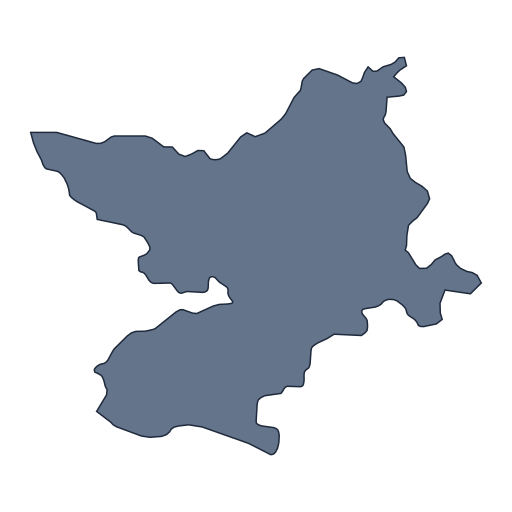 outline of Osjecko-Baranjska
{"feature_id": "HRV-1603", "entity_name": "Osjecko-Baranjska", "entity_type": "County", "adm_level": 1, "iso_a3": "HRV", "parent_name": "Croatia", "parent_adm1": "", "projection": "mercator", "projection_center": [18.514, 45.561], "detail": "fine", "context": "isolated", "style": "filled", "palette": "slate", "viewbox_px": 512, "rotation_deg": 0, "n_neighbors": 0, "source": "natural_earth", "source_scale": "10m", "svg_char_len": 4072}
<svg xmlns="http://www.w3.org/2000/svg" viewBox="0 0 512 512"><path d="M374.7,71.2L376.9,71.1L383.3,66.7L390.9,64.5L395.1,62.1L398.8,57.8L404.3,57.4L406.5,65.8L400.0,70.0L397.1,72.8L393.7,76.8L401.4,82.9L405.3,87.3L406.5,91.5L403.7,95.1L399.0,96.1L387.1,97.2L386.0,111.9L385.2,115.1L383.8,117.4L383.2,119.7L384.6,123.0L390.3,128.9L393.0,133.5L403.9,147.0L405.6,155.2L407.2,171.5L410.3,178.4L415.5,182.5L421.9,186.2L427.4,191.1L429.6,198.8L427.5,203.4L417.1,217.7L413.0,220.8L408.5,225.3L406.9,235.4L406.5,245.5L405.2,250.1L408.4,252.7L415.9,264.9L419.5,268.4L426.4,268.3L431.3,264.5L435.1,259.9L441.6,256.5L444.8,254.2L448.2,253.1L451.6,255.7L453.9,260.0L455.1,262.8L456.8,265.1L460.5,268.4L466.8,271.4L472.3,272.6L477.1,275.3L481.3,283.0L470.4,293.8L448.1,290.5L445.0,290.0L440.0,303.3L440.3,313.1L442.2,319.4L436.4,323.9L423.7,326.6L420.2,326.4L418.3,325.4L417.9,324.2L417.3,323.0L416.7,321.9L414.8,319.7L413.6,318.7L409.4,316.0L408.2,315.0L407.3,313.8L406.8,312.5L406.1,310.0L405.7,308.8L404.4,307.0L402.2,304.8L397.2,301.0L393.8,299.6L389.2,299.3L386.9,299.8L384.8,300.6L383.3,301.7L381.2,304.1L378.9,305.6L375.5,307.0L364.9,308.7L362.8,309.4L361.9,310.5L361.8,311.9L362.0,313.2L362.9,314.6L365.8,318.1L366.5,319.2L367.1,320.4L367.5,324.3L367.5,327.5L367.0,330.6L364.7,333.1L361.4,335.5L334.1,334.2L326.9,338.7L318.0,342.8L314.2,345.2L311.9,347.3L311.3,348.9L311.0,350.9L310.1,363.6L309.5,366.2L308.7,367.9L306.1,369.8L305.1,370.9L304.4,372.2L304.1,374.0L304.0,376.1L304.1,378.7L304.0,381.4L303.3,384.8L302.2,386.1L300.7,386.7L287.3,386.3L285.3,387.2L283.7,389.2L282.7,391.2L281.0,393.4L264.8,395.7L260.7,397.7L258.1,400.2L257.4,402.8L257.1,404.8L256.2,420.2L256.2,422.4L256.4,423.1L257.3,424.1L259.1,425.0L261.1,425.8L273.6,427.6L275.9,428.4L277.8,430.0L278.7,432.2L279.2,435.4L278.9,441.9L278.3,445.3L277.5,448.3L275.6,452.0L273.9,453.8L271.8,454.6L270.3,454.5L267.5,453.0L248.6,443.4L202.3,427.0L188.6,424.8L178.5,426.0L173.9,427.2L171.2,429.2L169.5,431.9L166.5,434.6L161.5,436.4L149.9,437.3L141.4,436.0L116.3,426.7L113.1,424.7L111.9,423.4L111.5,422.9L111.3,422.6L96.6,411.4L106.5,395.0L107.1,389.7L106.1,388.0L105.1,385.7L104.1,381.4L103.2,378.8L102.2,376.7L101.2,375.4L97.9,373.5L94.8,372.1L94.4,370.5L94.4,369.2L95.2,368.1L96.2,367.0L97.2,366.1L98.5,365.2L99.7,364.6L101.2,364.0L103.9,363.5L105.8,362.4L107.8,360.2L112.7,351.2L114.3,348.8L127.1,336.1L131.4,332.9L135.7,331.4L145.3,331.2L152.9,329.5L155.1,328.7L176.2,311.8L180.2,309.7L183.0,309.7L192.5,313.1L196.3,313.5L197.0,313.4L213.3,306.0L219.3,304.4L227.6,304.0L231.6,303.4L232.6,302.6L232.6,301.4L229.9,297.9L228.7,295.8L227.9,293.4L228.1,290.2L227.7,288.4L226.6,286.9L219.2,282.0L215.4,277.9L214.0,277.0L212.5,276.7L211.2,276.8L210.4,277.1L209.5,277.9L209.0,279.2L208.4,281.5L208.2,287.4L207.9,289.2L207.1,290.7L205.3,291.9L202.9,292.4L187.3,291.5L185.1,292.0L181.9,293.1L180.3,293.1L178.8,292.5L177.4,291.1L173.1,285.3L172.1,284.1L171.2,283.4L170.2,283.0L154.2,283.4L152.3,283.0L150.6,282.0L149.0,280.3L145.7,274.9L144.2,273.2L142.7,272.3L141.1,272.0L140.0,271.5L138.9,270.5L138.2,260.8L138.4,258.8L138.7,257.6L139.4,257.0L144.5,255.1L146.9,253.6L149.7,250.0L150.0,247.6L148.8,244.8L147.5,242.3L143.9,236.9L141.0,235.3L133.9,233.1L131.6,231.8L127.2,227.3L125.3,225.8L122.9,224.8L97.2,219.4L96.3,213.0L95.8,212.2L94.8,211.2L76.4,201.3L72.2,198.2L69.7,195.5L69.1,191.5L68.5,188.3L67.2,184.2L64.1,177.8L61.5,174.5L59.1,172.2L56.9,171.2L46.4,168.9L44.8,167.6L43.0,164.6L41.3,159.7L37.1,151.8L33.5,142.9L30.8,132.8L30.7,132.4L56.7,132.4L96.1,143.4L100.5,143.4L104.6,141.8L111.0,137.1L114.3,136.0L145.2,136.0L152.2,138.2L163.7,146.9L172.3,147.0L178.8,154.1L185.2,156.5L191.7,154.0L197.8,150.5L203.8,150.7L210.0,158.7L210.2,158.8L212.6,159.5L215.2,159.7L217.8,159.5L220.5,158.7L227.7,153.1L240.7,136.9L246.8,132.8L255.2,136.7L265.0,133.1L281.2,119.2L285.7,113.6L294.0,97.6L299.5,91.3L300.1,91.1L301.1,87.8L302.2,81.3L303.6,78.6L312.1,70.1L319.1,68.6L337.7,75.1L352.5,82.9L357.1,83.5L361.0,81.3L362.7,77.5L364.4,72.6L368.1,66.9L373.0,71.3L374.7,71.2Z" fill="#64748b" stroke="#1e293b" stroke-width="1.5"/></svg>